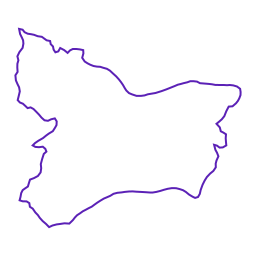 Areado, Minas Gerais, Brazil
{"feature_id": "56859067B88624480180585", "entity_name": "Areado", "entity_type": "district", "adm_level": 2, "iso_a3": "BRA", "parent_name": "Brazil", "parent_adm1": "Minas Gerais", "projection": "mercator", "projection_center": [-46.146, -21.352], "detail": "fine", "context": "isolated", "style": "outline", "palette": "violet", "viewbox_px": 256, "rotation_deg": 0, "n_neighbors": 0, "source": "geoboundaries", "source_scale": "gbopen_adm2", "svg_char_len": 2616}
<svg xmlns="http://www.w3.org/2000/svg" viewBox="0 0 256 256"><path d="M197.0,81.6L193.5,81.2L190.3,81.2L187.3,82.3L183.5,83.2L180.7,84.0L177.8,84.7L174.8,86.0L170.3,87.8L166.3,89.4L161.6,91.1L158.7,92.0L155.5,93.0L151.9,93.6L147.8,94.3L144.6,95.4L140.8,95.9L136.6,95.9L132.1,94.4L129.0,93.1L126.3,90.5L124.7,88.0L123.0,85.0L121.0,82.1L118.9,79.4L116.2,76.4L113.0,73.5L109.9,70.6L106.9,68.8L103.3,67.8L100.2,66.8L96.9,66.6L93.5,66.0L90.2,64.7L87.5,63.3L84.7,61.5L82.2,57.8L83.4,53.4L83.2,50.1L79.9,49.4L76.4,49.0L72.8,49.0L70.0,50.4L67.6,52.9L64.2,50.1L60.2,48.0L58.3,51.4L55.4,52.3L53.6,49.6L53.0,46.5L50.7,44.1L50.1,41.0L46.6,40.3L41.8,36.8L37.7,36.2L34.0,34.8L31.1,34.2L27.7,33.7L24.6,32.2L22.6,29.7L19.1,28.9L20.1,34.0L21.8,37.4L23.1,40.3L23.4,43.6L22.6,47.9L19.4,52.1L17.4,56.3L18.4,60.3L17.4,63.7L17.3,67.5L17.6,71.9L15.4,75.3L15.9,80.4L17.6,84.3L19.1,87.3L19.8,91.4L18.7,96.1L17.7,100.1L19.9,102.5L22.9,103.7L25.4,106.0L27.6,108.1L30.6,107.4L33.5,109.0L36.2,111.7L39.0,114.6L41.5,117.6L44.5,120.3L48.0,120.8L51.1,119.3L54.8,118.4L56.7,121.4L56.5,125.1L55.1,127.6L52.8,131.2L48.8,133.6L46.2,135.5L43.0,138.1L38.3,140.8L35.0,143.1L32.7,145.4L35.3,146.9L39.0,147.2L42.8,146.7L45.3,148.8L46.4,151.6L43.8,153.9L42.1,159.2L40.8,164.1L41.2,168.2L40.6,172.4L37.9,176.0L34.0,178.1L30.0,179.6L28.9,183.1L27.9,186.5L25.1,188.4L22.7,190.1L21.2,193.1L20.5,196.9L19.6,200.3L22.7,201.3L26.6,201.4L29.3,203.1L29.9,206.8L32.7,208.6L35.3,212.4L37.9,215.1L39.8,217.9L42.7,221.1L46.1,224.0L49.1,227.1L52.5,225.5L56.7,224.4L59.9,224.0L64.5,223.3L69.3,223.6L72.9,220.1L74.9,217.5L77.1,215.2L79.9,213.4L82.8,211.3L85.7,209.8L88.8,208.1L91.7,206.7L94.4,204.7L97.2,202.7L100.3,200.7L103.8,198.6L107.1,197.2L110.3,195.8L113.5,193.8L117.4,192.8L121.6,192.4L124.8,191.9L128.9,191.5L132.7,191.4L136.5,191.7L140.5,191.9L145.6,192.2L149.8,192.5L152.8,192.5L156.4,191.9L160.4,190.9L163.9,189.8L167.7,188.8L172.0,188.1L176.1,188.2L179.7,189.1L183.0,190.2L185.8,191.9L189.1,194.6L192.6,196.7L195.1,197.9L198.0,197.0L199.8,193.9L200.7,189.9L202.6,184.7L204.7,180.5L206.9,177.0L210.2,173.5L213.3,171.0L215.8,167.3L215.7,163.6L216.5,160.5L218.4,156.3L217.0,152.7L215.4,149.8L214.1,144.8L216.9,145.6L219.6,147.6L222.8,147.4L226.3,145.4L226.0,142.2L225.7,138.2L226.0,134.3L223.4,132.6L220.8,131.3L219.8,127.4L216.5,123.8L219.3,121.5L221.8,119.3L224.3,116.2L226.3,111.2L228.7,106.6L232.5,106.3L236.0,103.3L237.9,100.9L239.3,98.3L240.5,95.1L240.6,92.0L240.1,88.8L237.0,86.5L233.3,85.4L229.8,85.0L227.0,85.2L223.9,85.0L219.7,85.0L215.2,84.9L212.1,84.3L208.6,83.9L203.9,83.5L200.0,83.2L197.0,81.6Z" fill="none" stroke="#5b21b6" stroke-width="2"/></svg>